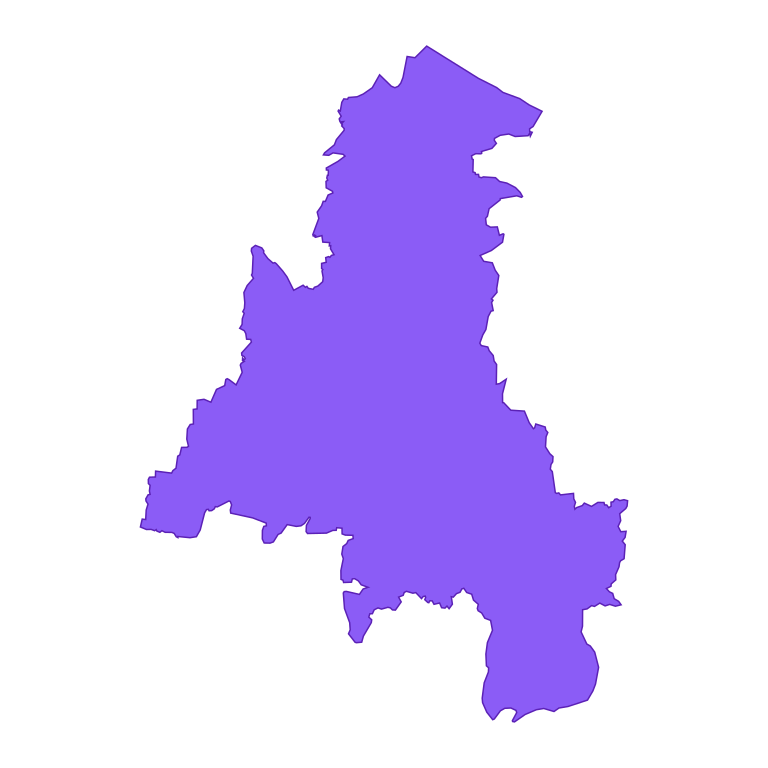 Madaripur, Dhaka, Bangladesh
{"feature_id": "16705992B87985099055959", "entity_name": "Madaripur", "entity_type": "district", "adm_level": 2, "iso_a3": "BGD", "parent_name": "Bangladesh", "parent_adm1": "Dhaka", "projection": "orthographic", "projection_center": [90.154, 23.231], "detail": "fine", "context": "isolated", "style": "filled", "palette": "violet", "viewbox_px": 768, "rotation_deg": 0, "n_neighbors": 0, "source": "geoboundaries", "source_scale": "gbopen_adm2", "svg_char_len": 6113}
<svg xmlns="http://www.w3.org/2000/svg" viewBox="0 0 768 768"><path d="M621.1,604.8L618.6,601.3L614.2,598.7L612.7,593.4L609.4,591.8L606.4,588.5L611.0,586.3L611.2,583.9L615.8,579.9L615.6,574.6L619.0,566.8L619.6,562.6L620.6,560.8L624.1,558.7L625.2,544.7L622.3,541.1L625.1,537.4L626.1,531.3L620.8,531.7L618.1,526.4L620.7,520.7L619.7,513.7L625.8,508.5L627.1,506.1L627.6,500.7L624.0,499.7L619.8,500.6L616.9,498.9L614.9,499.3L613.3,501.7L611.0,502.2L611.1,506.2L608.7,507.7L606.8,505.0L604.6,504.9L604.0,502.5L597.9,502.4L591.5,506.4L584.3,503.1L582.3,505.6L576.6,507.6L574.9,509.2L574.3,506.4L575.5,502.4L573.8,498.9L573.5,493.4L560.5,494.9L558.8,492.9L556.6,493.4L555.3,492.6L552.3,471.6L550.3,469.2L551.0,464.5L552.7,461.9L553.0,456.6L549.8,453.7L545.5,446.9L546.1,436.7L547.8,432.5L545.8,430.1L545.2,427.0L535.8,424.0L534.6,427.9L533.4,428.7L529.2,422.7L524.4,411.1L510.8,410.2L503.7,402.7L502.6,402.6L502.5,393.8L506.2,379.2L499.6,383.6L496.3,384.2L496.6,364.5L494.1,361.0L493.2,355.5L489.2,350.7L487.8,347.0L481.3,345.6L479.8,343.2L482.8,334.9L485.9,329.5L488.2,316.6L491.0,311.2L493.2,310.6L491.6,302.5L493.0,300.2L491.4,298.9L497.0,292.3L496.7,288.6L498.8,275.5L495.2,270.2L492.3,262.8L483.7,261.3L480.1,255.5L491.4,250.5L502.5,242.2L503.9,234.3L503.1,233.8L499.4,235.3L497.3,226.9L490.5,227.2L486.3,224.8L485.6,218.3L487.4,216.3L489.1,208.7L500.1,200.0L500.3,198.6L516.8,195.8L521.5,197.3L522.5,196.5L520.2,192.4L515.5,187.6L506.9,183.1L499.6,181.5L495.5,177.7L483.4,176.9L481.4,177.7L479.0,177.0L478.5,174.4L475.5,174.4L475.1,172.6L472.9,171.9L473.2,159.5L472.2,159.1L471.5,155.8L475.7,153.7L481.0,153.8L481.8,153.1L481.4,151.5L491.9,148.4L496.4,143.4L494.3,140.3L494.5,138.4L500.2,135.3L508.8,134.0L515.1,136.5L528.1,135.7L529.7,133.2L530.3,136.2L532.2,132.3L529.7,131.6L529.6,128.8L533.1,126.5L542.1,111.3L529.1,104.9L519.7,98.6L502.9,92.4L496.7,87.6L478.5,78.4L426.7,46.1L415.0,57.7L407.1,56.5L403.0,77.5L400.8,83.1L398.2,86.3L394.9,87.7L391.3,86.2L379.6,74.8L372.3,87.7L363.3,94.0L357.0,96.8L348.4,97.5L347.6,99.2L343.8,98.9L341.8,102.3L340.3,111.0L338.6,110.1L338.1,111.1L341.2,116.2L339.2,118.9L339.9,121.4L341.3,123.6L341.5,121.8L343.5,121.6L341.9,123.4L342.4,124.9L341.7,125.9L344.2,128.6L344.1,130.3L336.4,139.6L334.4,144.8L324.6,152.8L323.4,154.9L328.8,155.3L333.0,152.9L343.1,154.3L345.0,156.1L338.1,161.3L326.3,168.0L326.4,170.0L328.1,170.1L328.4,171.4L328.2,175.3L327.4,175.3L326.8,178.0L327.7,180.2L326.0,181.4L326.2,187.8L332.5,191.3L332.8,193.0L328.1,195.0L325.4,201.4L323.2,201.3L321.6,205.8L317.2,212.1L318.8,218.4L312.8,234.6L313.2,235.8L314.6,235.0L315.6,235.8L314.6,236.7L315.5,237.3L321.9,235.6L322.8,242.1L329.6,242.6L329.3,245.9L330.7,245.7L330.5,248.8L334.0,254.7L331.4,255.4L329.9,257.3L328.6,256.6L325.7,257.6L326.2,262.3L321.6,263.4L321.6,268.5L322.8,269.5L322.0,271.0L323.2,277.7L322.7,281.7L317.8,286.1L314.4,287.3L313.2,289.3L308.3,288.3L306.9,286.4L305.4,287.3L303.1,285.2L293.7,290.3L287.0,276.9L282.7,271.0L276.3,263.7L274.8,262.6L273.0,263.1L267.9,258.6L263.6,252.8L263.8,250.8L261.8,247.9L255.4,245.4L251.6,248.3L251.3,251.0L253.1,256.2L252.3,273.4L251.5,275.0L253.5,278.3L247.2,285.5L243.9,292.5L244.8,302.8L244.4,308.5L242.8,311.7L244.2,313.3L242.3,318.8L242.1,324.4L239.7,328.3L244.3,330.7L245.8,333.6L246.6,339.2L250.7,339.4L251.4,342.1L241.6,353.0L241.9,355.4L244.2,356.6L245.3,358.7L244.0,359.8L242.6,358.1L242.5,360.5L244.2,361.4L241.1,363.4L240.3,365.1L242.2,372.3L236.1,384.9L229.0,379.6L227.2,378.7L225.8,379.5L224.7,385.6L216.5,389.4L210.9,402.2L204.0,399.3L197.2,400.3L197.1,408.9L193.3,409.4L193.4,424.0L190.2,424.5L187.4,429.0L186.8,439.1L188.5,446.3L187.1,447.3L181.6,447.4L179.8,454.9L177.7,456.2L176.0,468.2L172.9,470.6L171.6,473.1L155.6,471.1L155.4,477.0L149.5,477.2L148.3,479.5L148.4,483.6L150.1,485.3L149.4,491.0L150.1,494.4L148.1,494.8L145.8,498.8L146.0,501.0L148.0,504.1L146.2,510.0L145.7,519.5L142.2,519.1L140.4,527.0L146.5,529.5L151.1,529.4L154.7,530.7L156.2,529.6L156.9,531.1L159.9,532.3L161.9,530.7L165.1,532.3L171.9,532.4L174.2,533.4L176.2,536.7L177.9,537.6L177.9,536.5L190.0,537.7L196.4,536.7L200.2,530.0L204.6,512.9L206.5,509.6L208.3,509.3L209.1,510.8L211.7,510.6L214.3,508.8L215.3,506.6L217.3,506.9L228.9,501.0L230.3,501.5L231.6,504.9L230.3,510.0L230.7,513.1L252.7,517.9L266.2,523.1L266.4,525.8L263.8,526.4L262.4,530.3L262.3,539.0L264.2,543.0L270.1,543.1L273.4,541.9L278.1,534.4L281.1,533.1L287.2,524.6L296.3,526.4L301.0,525.8L304.5,523.4L309.0,517.2L310.2,517.4L310.2,518.5L306.4,525.4L306.1,531.6L307.5,533.5L326.5,533.1L332.8,530.4L336.2,530.3L336.7,527.7L342.0,528.2L342.1,533.9L345.3,535.1L352.9,535.3L353.2,538.6L348.2,540.4L346.7,543.6L343.0,546.5L341.8,554.1L343.3,558.6L340.9,570.5L341.0,579.4L343.0,580.2L343.6,582.5L351.5,582.2L352.3,578.9L354.7,578.7L358.4,580.9L361.2,584.8L368.1,587.3L363.1,589.0L359.4,594.4L346.3,591.4L344.2,591.6L343.3,593.0L344.5,608.5L349.7,622.7L350.2,629.8L348.5,633.8L355.1,642.3L356.4,642.7L361.7,642.2L363.4,636.1L371.3,622.6L371.7,619.8L368.8,617.1L369.8,613.8L372.4,613.7L374.2,609.8L378.0,607.9L381.5,609.1L387.9,607.3L390.4,607.9L392.4,609.9L395.4,610.1L401.2,601.9L398.6,597.1L403.2,595.3L404.2,592.5L406.4,591.3L412.9,593.2L415.8,592.6L421.5,598.6L423.2,596.5L425.2,596.1L425.7,597.3L424.8,599.7L427.8,602.5L428.8,602.7L429.9,600.7L432.2,600.9L434.0,604.3L439.6,603.0L441.6,607.7L445.0,608.1L447.0,606.1L449.1,608.7L452.4,604.2L451.3,596.7L453.3,597.1L456.5,593.6L460.0,592.3L461.9,588.9L463.8,588.3L466.7,592.5L471.7,594.2L473.5,600.1L478.3,604.3L477.3,608.5L478.1,610.7L481.7,613.0L484.8,618.2L490.6,620.4L492.5,630.3L487.4,642.6L485.9,654.0L486.4,665.8L488.6,667.8L488.4,672.0L484.2,682.8L482.2,698.2L482.6,702.7L486.8,712.2L492.7,719.7L494.3,719.0L500.4,710.8L504.8,708.3L510.9,708.0L516.0,710.4L516.7,712.6L512.4,720.6L512.6,721.5L514.5,721.9L525.1,714.5L536.4,709.7L543.8,708.5L554.0,711.5L559.0,708.0L568.0,706.5L587.5,700.1L592.9,690.9L595.5,684.1L598.6,667.3L594.7,652.1L590.3,646.0L586.8,644.0L581.1,631.9L582.5,626.2L582.6,609.7L587.1,608.9L591.6,605.6L594.5,606.4L599.8,603.1L605.1,605.9L609.7,604.4L615.4,606.2L621.1,604.8Z" fill="#8b5cf6" stroke="#5b21b6" stroke-width="1.5"/></svg>